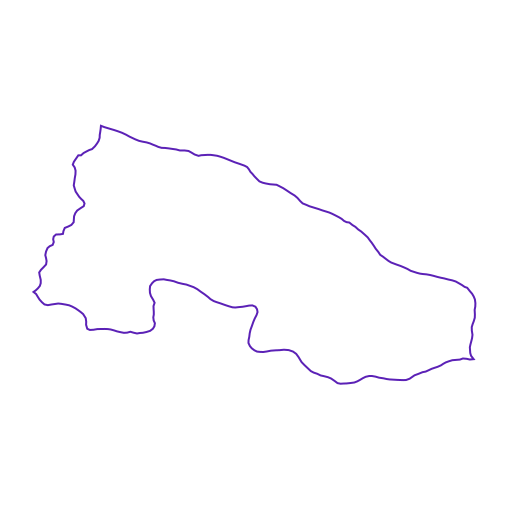 outline of X-2 Torani/Bulletwood, Upper Demerara-Berbice, Guyana, rotated 272°
{"feature_id": "73187651B8767068866486", "entity_name": "X-2 Torani/Bulletwood", "entity_type": "district", "adm_level": 2, "iso_a3": "GUY", "parent_name": "Guyana", "parent_adm1": "Upper Demerara-Berbice", "projection": "orthographic", "projection_center": [-58.026, 5.32], "detail": "fine", "context": "isolated", "style": "outline", "palette": "violet", "viewbox_px": 512, "rotation_deg": 272, "n_neighbors": 0, "source": "geoboundaries", "source_scale": "gbopen_adm2", "svg_char_len": 4445}
<svg xmlns="http://www.w3.org/2000/svg" viewBox="0 0 512 512"><g transform="rotate(272 256 256)"><path d="M160.5,477.1L163.8,474.4L166.5,473.5L169.3,473.2L172.3,472.9L175.1,473.4L177.7,474.0L181.4,474.8L184.8,475.1L189.0,474.3L192.5,474.1L195.5,474.9L198.4,475.9L201.9,476.8L205.2,476.8L209.8,476.4L213.1,476.9L216.5,476.9L220.2,476.3L223.1,475.0L225.8,473.3L228.4,470.9L231.6,468.2L232.4,465.6L234.2,462.8L235.8,459.8L237.5,456.5L238.5,453.0L239.2,449.1L240.2,444.7L240.7,441.6L241.4,438.1L242.4,434.0L243.1,430.6L243.6,427.0L243.8,423.5L244.1,420.5L244.8,417.4L246.6,411.1L248.3,407.9L249.7,404.5L251.1,400.8L252.4,396.6L254.2,391.3L255.7,388.6L258.1,385.2L259.7,383.0L261.5,380.1L264.3,378.1L267.4,375.4L270.3,373.4L273.4,371.1L275.5,369.3L278.5,367.0L281.0,364.1L284.2,360.2L286.1,357.2L288.6,354.3L290.3,351.3L292.7,348.1L293.0,345.3L294.1,342.8L296.1,340.3L297.6,337.6L299.4,333.8L300.9,330.5L302.0,327.7L302.8,324.8L303.9,320.7L305.1,316.9L306.5,311.7L307.6,307.6L308.7,304.9L310.2,300.8L312.4,298.3L315.5,295.4L317.8,292.5L320.1,288.4L322.4,284.7L324.7,280.9L326.7,276.7L327.9,274.1L328.2,267.4L328.9,262.8L329.5,260.0L330.7,256.8L333.1,254.2L335.6,251.6L337.9,249.6L339.9,247.5L342.4,245.9L344.6,244.0L345.9,241.3L347.5,236.3L348.9,231.6L350.2,228.0L351.6,224.2L353.0,220.3L354.0,216.9L354.8,213.7L355.2,210.2L355.5,207.0L355.4,204.2L355.1,201.0L354.8,197.7L354.1,195.1L355.3,191.1L357.1,187.9L358.6,184.9L359.0,180.7L358.8,176.3L359.7,172.5L360.1,168.6L360.5,165.0L360.8,161.3L360.8,157.9L361.6,154.6L362.7,151.9L363.7,149.0L364.8,146.2L365.7,142.7L366.3,138.7L367.0,135.1L368.4,131.2L369.7,128.2L370.9,125.4L372.7,121.9L374.5,117.7L375.9,113.4L377.0,109.6L378.1,105.3L379.5,100.0L380.7,96.5L377.4,96.3L374.6,96.0L371.5,95.6L368.7,95.6L365.5,94.7L362.9,93.2L360.0,91.2L357.1,88.4L356.1,85.7L354.6,83.0L352.9,80.1L350.5,77.6L350.4,74.9L346.5,72.4L343.8,70.7L340.9,69.7L338.2,71.7L335.0,72.7L331.3,72.7L327.7,72.2L323.6,71.8L320.2,71.4L316.9,72.5L314.1,73.5L311.2,75.6L309.0,77.2L307.0,79.2L305.0,81.5L302.5,82.8L299.8,82.1L297.8,79.2L295.2,75.7L292.5,73.9L289.4,72.8L286.6,72.7L283.4,72.6L280.6,70.4L278.9,67.3L277.4,63.9L274.2,62.7L271.4,62.3L270.8,59.6L270.5,55.4L268.4,53.2L265.7,52.7L262.9,53.4L260.0,52.4L258.6,49.5L256.7,47.4L253.1,46.0L249.5,45.4L246.4,46.3L243.6,46.9L240.2,46.5L237.2,43.9L234.7,41.6L232.0,39.9L229.0,40.5L224.6,41.7L221.3,41.8L218.5,41.0L216.0,39.1L214.0,37.1L212.3,34.9L210.3,37.6L207.8,39.2L204.9,41.2L202.3,43.7L200.2,46.3L199.6,49.7L200.4,53.3L201.1,57.2L201.6,60.0L201.4,63.0L200.8,67.5L200.2,71.0L199.1,73.9L197.4,77.4L195.5,80.4L193.7,83.0L191.9,85.3L187.9,88.0L184.4,88.6L181.3,88.6L177.4,89.9L176.3,92.5L176.6,96.0L177.4,99.9L177.6,103.0L177.8,107.2L177.8,110.5L177.5,113.3L176.7,116.7L175.8,119.8L175.1,123.6L174.6,126.7L174.9,129.9L175.9,133.1L175.1,136.2L174.4,139.8L175.0,142.6L175.3,145.6L176.2,149.1L177.5,152.8L179.7,155.5L182.2,156.9L185.3,157.3L188.0,156.0L191.1,155.5L193.9,155.9L196.6,155.8L199.6,155.5L202.4,155.3L205.7,156.3L208.6,154.8L212.3,152.4L215.5,151.3L219.0,151.0L222.2,151.2L225.2,153.1L227.3,155.1L228.6,157.5L229.1,160.6L229.5,164.6L229.0,167.6L228.6,171.0L227.9,174.8L226.5,179.1L225.6,183.7L225.0,187.5L224.1,190.3L222.7,194.7L220.8,198.5L218.4,202.0L216.0,205.8L213.3,209.6L211.3,212.0L209.5,215.3L208.6,218.0L207.3,222.5L206.4,225.3L205.6,227.9L204.8,230.7L203.9,234.3L203.8,237.1L204.3,240.4L204.8,244.4L205.6,248.2L206.2,250.8L206.5,254.1L205.3,257.2L202.8,258.9L200.0,259.5L197.0,258.6L193.4,256.9L190.0,255.6L185.8,254.3L182.2,253.1L178.5,252.4L175.0,252.1L171.6,251.5L168.8,251.5L165.7,253.1L163.6,255.0L161.7,257.7L160.5,260.4L160.3,263.7L160.3,266.6L160.9,269.9L161.9,274.2L162.4,278.7L162.7,282.7L163.3,287.2L163.1,292.0L161.8,296.3L159.6,299.6L156.4,302.1L153.9,303.7L151.5,305.3L148.7,308.2L145.8,311.5L142.9,314.8L141.5,317.7L140.4,321.4L138.9,324.7L138.3,328.0L137.4,332.1L136.2,335.3L133.7,339.2L131.8,341.9L131.3,345.0L131.6,348.0L131.8,350.9L132.3,354.5L133.0,358.7L134.3,361.7L135.9,364.4L137.6,367.0L139.1,369.8L140.0,373.2L140.1,376.2L139.6,379.7L138.7,383.2L138.2,387.7L137.6,390.9L137.3,393.9L137.2,398.4L137.1,402.1L137.1,407.4L137.3,410.3L138.7,413.8L140.5,416.2L142.3,418.6L143.9,422.5L145.7,426.5L146.4,429.6L147.8,432.4L149.4,435.5L150.5,438.4L151.6,441.4L153.2,444.7L154.8,446.9L156.3,449.4L157.5,452.4L158.7,455.8L159.2,460.0L159.6,463.4L160.8,466.4L160.6,470.2L160.0,473.3L160.5,477.1Z" fill="none" stroke="#5b21b6" stroke-width="2"/></g></svg>